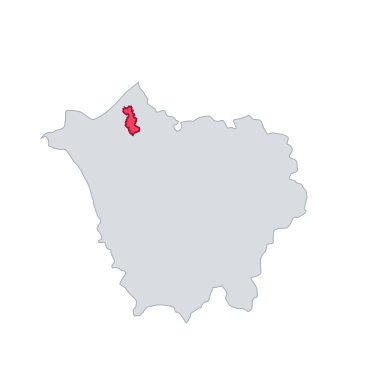 location of Masty, Grodno, Belarus, rotated 61°
{"feature_id": "67162791B96733958179229", "entity_name": "Masty", "entity_type": "district", "adm_level": 2, "iso_a3": "BLR", "parent_name": "Belarus", "parent_adm1": "Grodno", "projection": "orthographic", "projection_center": [24.533, 53.402], "detail": "fine", "context": "in_parent", "style": "filled", "palette": "rose", "viewbox_px": 384, "rotation_deg": 61, "n_neighbors": 0, "source": "geoboundaries", "source_scale": "gbopen_adm2", "svg_char_len": 8057}
<svg xmlns="http://www.w3.org/2000/svg" viewBox="0 0 384 384"><g transform="rotate(61 192 192)"><path d="M303.8,260.7L298.5,261.0L292.0,261.7L288.6,264.6L284.6,263.7L281.9,265.4L276.2,272.9L274.0,276.9L272.1,282.9L271.0,287.3L272.0,290.2L273.4,292.9L274.0,295.9L274.8,298.2L273.3,300.0L272.6,302.5L269.8,302.3L266.3,300.3L265.3,296.9L262.5,294.7L260.7,293.6L257.9,293.6L253.6,295.1L247.8,296.4L243.4,296.9L241.1,298.3L237.6,299.7L236.2,298.4L233.9,294.7L232.1,290.9L230.9,289.3L229.9,288.9L228.7,289.1L227.4,290.4L226.5,291.7L222.9,293.4L221.3,294.8L219.8,298.5L218.6,298.3L217.3,297.6L215.7,293.7L213.7,292.9L210.6,293.0L206.7,292.4L203.6,291.3L202.5,291.7L200.7,293.4L198.7,293.8L194.3,292.5L193.4,293.2L191.1,297.7L189.9,298.0L189.2,297.5L189.4,293.6L186.8,292.4L182.6,292.4L179.6,293.0L178.1,292.9L177.3,292.2L173.4,286.0L171.4,285.6L168.0,286.1L162.8,285.4L156.8,284.2L153.6,283.7L151.9,282.3L148.2,281.9L138.4,279.5L134.4,279.0L128.5,279.1L119.6,278.6L113.8,279.0L111.2,279.9L108.1,280.5L97.5,281.3L93.7,282.0L92.6,283.3L91.3,286.3L86.9,291.3L82.6,294.7L81.8,295.0L79.3,293.2L77.3,292.5L74.8,292.3L73.1,292.9L72.0,293.7L72.1,297.6L71.8,298.0L70.0,293.3L70.2,289.1L71.3,286.7L72.6,284.5L72.1,281.2L73.4,276.9L73.5,273.8L73.0,272.4L72.0,270.9L69.2,269.1L68.0,267.8L64.3,265.9L60.7,263.6L60.1,262.2L60.3,261.2L61.0,259.8L63.8,255.7L66.9,251.7L68.9,250.1L79.2,245.0L80.8,243.2L81.3,240.1L81.2,233.8L80.6,228.1L79.8,224.2L78.0,216.8L72.9,201.6L70.0,185.7L72.0,186.7L76.8,187.1L80.6,186.1L82.5,185.9L84.3,186.3L89.3,185.4L90.5,186.9L92.7,188.1L97.1,186.3L101.0,184.1L105.0,184.3L105.6,183.2L106.5,177.6L107.7,176.4L112.5,177.0L114.3,175.9L116.1,173.2L118.9,171.4L121.3,171.4L123.7,169.4L124.9,170.7L125.5,173.0L124.7,174.9L125.1,175.6L126.8,176.5L129.7,176.4L131.6,175.6L132.0,174.5L132.0,172.6L131.5,170.9L130.2,169.3L127.9,168.6L126.3,168.6L126.0,167.6L126.5,165.5L127.9,161.6L129.6,158.1L130.6,156.8L130.8,155.5L130.5,153.4L130.4,149.6L131.9,144.3L133.9,140.2L136.7,138.9L140.1,138.1L142.2,136.2L143.2,134.0L144.1,130.5L145.2,129.8L153.4,130.0L154.5,126.6L155.2,125.6L156.7,124.5L157.8,123.3L157.3,122.3L155.2,121.8L150.3,121.4L149.3,120.3L149.6,118.9L150.8,115.4L151.9,110.8L152.4,107.2L152.4,105.1L153.1,104.6L157.0,103.8L158.3,103.0L161.6,98.1L164.1,97.2L170.9,98.2L173.9,98.0L177.8,98.2L178.1,97.7L179.3,92.9L185.5,85.0L188.9,82.1L191.1,81.5L191.8,81.6L195.6,85.4L196.4,85.5L198.7,83.7L202.7,83.3L204.7,84.6L207.6,89.4L209.1,89.9L212.8,86.9L215.0,85.9L216.4,85.8L224.1,89.1L224.7,90.3L224.9,91.7L224.0,96.3L225.8,98.9L227.7,100.7L231.3,97.3L232.7,96.3L234.2,96.2L236.2,94.9L237.6,93.1L239.0,92.4L241.7,92.6L246.6,91.8L252.6,94.0L253.2,94.8L256.4,97.7L257.5,99.2L258.5,99.6L260.2,101.0L262.3,101.8L263.7,101.4L264.5,101.8L265.2,103.0L265.5,105.0L265.8,111.0L264.0,114.2L263.8,115.3L264.0,116.6L265.9,119.0L268.4,122.8L269.1,125.1L269.3,126.8L266.8,132.1L266.0,133.4L265.5,135.9L265.4,138.5L265.7,139.5L271.0,143.1L274.8,145.0L275.8,146.0L275.9,146.6L274.3,151.1L274.3,152.3L277.4,153.8L279.3,156.5L281.1,161.0L284.4,165.1L295.5,170.5L296.5,171.6L297.0,173.0L297.0,176.0L295.6,182.0L297.5,182.6L302.2,181.9L307.9,182.0L315.1,185.4L315.3,187.2L314.8,188.9L315.5,190.6L316.4,192.0L322.8,195.9L323.5,197.2L323.9,199.4L323.9,201.0L322.3,201.5L320.6,202.5L317.8,204.8L316.9,207.7L312.5,212.0L309.7,214.0L307.3,214.3L301.6,214.2L299.4,212.5L298.4,210.9L296.1,210.3L293.2,210.5L289.2,211.2L288.5,211.8L288.0,214.0L286.7,217.8L285.6,219.9L291.4,226.6L294.3,229.2L295.3,231.0L295.4,232.2L294.3,233.9L294.8,236.9L297.7,240.6L296.9,241.4L297.1,246.3L297.6,251.5L298.4,252.7L299.9,253.6L301.2,255.4L303.6,259.6L303.8,260.7Z" fill="#d9dde1" stroke="#a8b0b8" stroke-width="1"/><path d="M85.5,209.8L85.9,209.9L86.0,210.1L85.9,210.3L85.9,210.5L86.0,210.8L86.1,211.0L85.9,211.3L85.8,211.5L85.7,211.6L85.8,211.9L86.1,212.0L86.3,211.8L86.5,211.8L86.8,212.0L87.0,212.1L87.3,212.5L87.6,212.7L87.7,212.8L87.9,213.0L88.0,213.3L88.3,213.3L88.5,213.2L88.8,213.1L89.0,213.2L89.3,213.2L89.5,213.2L89.9,213.1L90.0,212.9L90.3,212.8L90.6,212.8L90.9,212.7L91.2,212.5L91.3,212.4L91.4,212.2L91.6,212.0L91.8,212.0L92.1,212.1L92.5,212.1L92.7,211.8L92.6,211.7L92.3,211.3L92.2,211.2L92.4,210.9L92.5,210.7L92.5,210.3L92.5,210.1L92.9,209.9L93.1,209.9L93.3,210.0L93.5,210.0L93.8,210.2L94.1,210.3L94.4,210.4L94.5,210.4L94.7,210.5L94.9,210.7L94.9,210.9L94.9,211.1L95.0,211.3L95.4,211.3L95.6,211.4L95.8,211.5L95.7,211.8L95.5,212.0L95.5,212.4L95.6,212.5L95.8,212.5L96.0,212.5L96.3,212.6L96.4,212.9L96.3,213.0L96.5,213.1L96.7,213.4L96.7,213.5L96.7,213.8L96.7,214.0L96.8,214.2L96.9,214.4L97.0,214.4L97.3,214.4L97.5,214.4L97.6,214.5L97.8,214.7L98.1,214.7L98.3,214.8L98.2,215.2L98.1,215.4L98.2,215.6L98.3,215.6L98.6,215.7L98.7,215.8L98.8,216.0L98.9,216.4L99.1,216.5L99.5,216.5L99.8,216.5L100.2,216.4L100.5,216.4L100.7,216.5L100.9,216.7L100.9,216.8L101.0,217.0L100.9,217.1L100.9,217.3L101.0,217.4L101.2,217.6L101.3,217.8L101.3,218.0L101.8,218.0L102.0,217.9L102.5,217.8L102.8,217.8L103.2,217.8L103.3,217.7L103.5,217.5L103.7,217.3L104.0,217.4L104.4,217.3L104.6,217.2L104.8,217.0L104.9,216.8L104.9,216.6L105.0,216.4L104.9,216.2L105.0,215.9L105.3,215.9L105.5,216.1L105.5,216.3L105.6,216.6L105.7,216.8L105.8,216.9L106.1,217.0L106.5,217.0L106.9,216.9L107.2,217.1L107.3,217.3L107.6,217.6L107.9,217.6L108.1,217.5L108.3,217.4L108.6,217.3L108.8,217.1L108.9,216.9L108.9,216.7L109.1,216.7L109.3,216.9L109.4,217.1L109.5,217.3L109.9,217.4L110.1,217.4L110.4,217.6L110.6,217.7L110.9,217.7L111.1,217.6L111.2,217.4L111.1,217.2L111.3,216.9L111.5,216.9L111.8,216.7L111.7,216.3L111.8,216.1L112.3,216.0L112.7,216.2L112.9,216.3L113.2,216.5L113.4,216.5L113.5,216.4L113.9,216.2L113.7,216.0L113.4,215.8L113.2,215.4L113.1,215.1L113.0,214.8L112.8,214.6L112.6,214.1L112.7,213.7L112.6,213.3L112.5,213.1L112.4,212.9L112.3,212.7L112.4,212.3L112.3,212.2L112.2,212.0L112.4,211.8L112.7,211.7L112.8,211.5L112.9,211.3L112.9,210.9L112.9,210.4L112.8,209.8L112.7,209.6L112.7,209.2L112.9,209.2L113.3,209.0L113.3,208.9L113.1,208.5L113.0,208.3L112.7,208.2L112.4,208.2L112.1,208.0L111.9,207.8L111.8,207.5L111.5,207.5L111.4,207.5L111.3,207.4L111.1,207.4L110.8,207.2L110.6,206.9L110.4,206.9L110.3,207.0L110.1,207.0L109.9,207.1L109.7,207.3L109.5,207.6L109.4,207.6L109.2,207.7L109.1,207.8L109.0,208.0L108.9,208.1L108.6,208.2L108.2,208.2L107.9,208.4L107.9,208.6L107.7,208.8L107.3,209.0L106.9,209.1L106.7,209.3L106.7,209.5L106.3,209.6L106.1,209.5L105.9,209.5L105.6,209.7L105.3,209.7L105.1,209.7L104.9,209.5L104.8,209.4L104.7,209.2L104.6,208.9L104.6,208.7L104.6,208.4L104.5,208.1L104.4,207.9L104.2,207.8L104.0,207.7L103.6,207.7L103.4,207.7L103.1,207.7L103.1,207.3L103.2,207.1L103.4,206.9L103.4,206.7L103.2,206.3L102.7,206.3L102.4,206.3L102.4,206.2L102.2,205.8L101.9,205.7L101.6,205.6L101.4,205.4L101.4,205.2L101.1,204.9L100.8,205.0L100.7,205.1L100.2,205.2L99.4,205.4L99.2,205.5L99.1,205.8L99.2,206.1L99.3,206.3L99.4,206.5L99.0,206.7L98.7,206.6L98.3,206.7L98.2,206.7L97.9,206.5L97.8,206.4L97.6,206.3L97.4,206.2L97.2,206.2L97.0,206.3L96.8,206.3L96.6,206.3L96.6,206.1L96.6,205.9L96.6,205.7L96.9,205.3L97.0,205.2L97.0,204.9L96.8,204.8L96.7,204.8L96.4,204.8L96.2,204.8L96.1,204.7L95.9,204.7L95.7,204.7L95.3,204.8L95.2,204.9L95.2,205.0L95.2,205.5L94.9,205.5L94.7,205.5L94.3,205.7L94.2,205.7L93.9,205.5L93.7,205.4L93.4,205.3L93.2,205.2L92.9,205.0L92.8,204.9L92.8,204.7L92.7,204.6L92.5,204.4L92.4,204.2L92.2,204.1L91.9,204.0L91.7,204.0L91.5,204.4L91.5,204.6L91.8,204.8L92.2,205.0L92.3,205.1L92.4,205.3L92.4,205.5L92.1,205.7L91.8,205.6L91.6,205.5L91.4,205.3L91.3,205.2L91.2,205.1L90.9,204.9L90.7,204.8L90.4,204.7L90.2,204.6L90.0,204.4L89.7,204.4L89.4,204.2L89.2,203.8L88.9,204.1L88.6,204.1L88.3,203.9L88.2,203.8L87.9,203.7L87.7,203.7L87.5,203.8L87.5,204.0L87.7,204.5L87.9,204.7L87.7,204.8L87.4,204.8L87.0,204.8L86.9,205.1L86.6,205.2L86.5,205.4L86.4,205.7L86.4,206.0L86.5,206.2L86.7,206.4L86.8,206.5L87.0,206.8L87.0,207.0L87.1,207.5L87.3,207.6L87.5,207.8L87.6,208.0L87.5,208.4L87.3,208.5L87.2,208.8L86.9,209.1L86.7,209.0L86.5,208.9L86.2,209.1L86.1,209.4L86.1,209.5L85.9,209.6L85.7,209.7L85.5,209.8Z" fill="#f43f5e" stroke="#9f1239" stroke-width="1.5"/></g></svg>